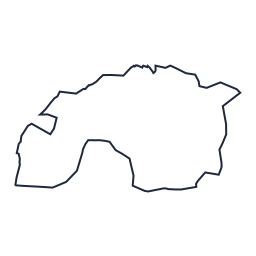 the district of Kwami, Gombe, Nigeria, rotated 181°
{"feature_id": "59680162B2944873791560", "entity_name": "Kwami", "entity_type": "district", "adm_level": 2, "iso_a3": "NGA", "parent_name": "Nigeria", "parent_adm1": "Gombe", "projection": "mercator", "projection_center": [11.234, 10.491], "detail": "fine", "context": "isolated", "style": "outline", "palette": "slate", "viewbox_px": 256, "rotation_deg": 181, "n_neighbors": 0, "source": "geoboundaries", "source_scale": "gbopen_adm2", "svg_char_len": 2210}
<svg xmlns="http://www.w3.org/2000/svg" viewBox="0 0 256 256"><g transform="rotate(181 128 128)"><path d="M239.1,68.7L235.2,68.5L231.5,68.3L225.9,68.1L217.0,67.8L210.2,67.5L202.3,67.1L188.9,73.0L178.3,84.4L173.2,102.6L172.6,106.0L170.4,111.1L167.9,114.7L167.6,115.1L159.2,115.2L158.1,115.3L157.9,115.3L155.0,115.2L151.0,114.8L146.2,113.9L139.9,105.6L133.0,101.9L125.9,97.4L121.6,80.3L122.0,74.8L122.3,70.4L118.9,69.0L110.2,65.4L106.8,64.9L91.6,68.2L89.2,68.3L86.6,67.6L79.7,67.4L73.5,67.5L58.7,70.3L59.0,73.3L57.0,76.6L50.0,84.9L36.5,82.9L34.8,87.4L33.7,90.9L33.9,94.9L36.2,108.0L33.2,114.4L29.7,123.3L30.0,133.6L33.6,151.5L16.4,165.2L20.0,168.7L36.4,175.2L50.1,169.5L57.3,171.1L58.2,176.0L61.7,182.5L71.0,183.8L82.1,189.1L84.9,190.3L86.9,191.1L91.5,188.8L101.6,190.8L101.6,190.3L101.4,187.2L101.5,185.9L101.8,185.1L102.3,184.4L103.6,183.4L104.3,184.7L107.2,188.5L107.6,188.9L108.3,189.5L109.5,190.5L110.0,189.2L112.2,190.0L113.1,190.4L113.8,190.6L114.0,190.5L114.8,188.7L115.1,188.9L115.4,189.0L115.6,189.0L115.8,189.0L116.1,189.2L116.2,189.3L116.3,189.3L116.6,189.4L116.9,189.5L117.1,189.6L117.3,189.7L117.4,189.8L117.8,189.9L118.0,190.0L118.3,190.1L118.5,190.2L118.8,190.3L119.1,190.4L119.3,190.4L119.4,190.5L119.6,190.6L119.9,190.7L120.1,190.7L120.2,190.8L120.5,190.8L120.9,190.8L121.0,190.8L121.1,190.6L121.4,190.5L121.5,190.5L121.5,190.3L121.5,190.2L121.9,190.0L122.0,190.1L122.3,190.1L122.5,190.1L122.5,189.9L122.4,189.7L122.5,189.6L122.8,189.8L123.2,189.8L123.4,190.0L123.5,190.1L123.8,189.7L125.4,189.0L126.5,188.0L133.5,180.3L136.7,180.4L145.1,180.7L153.8,180.5L157.0,177.5L159.3,175.0L160.7,173.6L164.2,171.3L167.9,169.8L168.1,170.0L170.3,167.5L170.4,167.4L171.4,166.2L171.7,166.2L173.1,166.4L180.5,161.5L194.2,162.9L196.8,163.2L198.6,159.5L199.2,158.3L201.9,156.6L205.5,152.3L210.4,145.7L213.7,142.2L216.1,139.9L208.5,140.2L199.5,137.0L202.0,126.1L205.6,120.4L205.8,120.5L215.8,125.9L224.4,130.6L228.2,128.3L234.5,118.1L234.5,117.9L234.8,115.3L235.0,112.6L235.0,112.4L235.8,111.8L237.0,110.0L237.5,107.7L237.6,106.9L238.8,100.9L236.9,100.4L235.6,95.2L235.9,91.8L235.5,90.1L235.9,87.5L237.1,82.6L238.6,76.3L239.0,73.2L239.6,69.2L239.1,68.7Z" fill="none" stroke="#1e293b" stroke-width="2"/></g></svg>